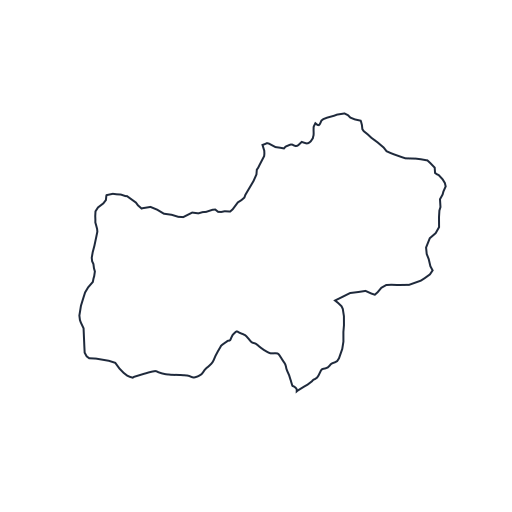 the district of Bjachho, Chhukha, Bhutan, rotated 208°
{"feature_id": "84629894B4757320303764", "entity_name": "Bjachho", "entity_type": "district", "adm_level": 2, "iso_a3": "BTN", "parent_name": "Bhutan", "parent_adm1": "Chhukha", "projection": "mercator", "projection_center": [89.581, 27.074], "detail": "fine", "context": "isolated", "style": "outline", "palette": "slate", "viewbox_px": 512, "rotation_deg": 208, "n_neighbors": 0, "source": "geoboundaries", "source_scale": "gbopen_adm2", "svg_char_len": 5056}
<svg xmlns="http://www.w3.org/2000/svg" viewBox="0 0 512 512"><g transform="rotate(208 256 256)"><path d="M355.3,87.4L349.1,90.3L336.7,94.4L330.1,95.6L323.7,92.5L318.1,90.7L313.6,89.9L310.6,90.1L307.7,90.7L307.3,91.6L306.6,92.4L305.8,93.2L305.0,94.0L304.2,94.8L303.3,95.7L302.5,96.5L301.7,97.3L300.9,98.1L300.1,98.9L299.3,99.7L298.4,100.5L297.6,101.3L296.8,102.1L296.0,102.9L295.2,103.6L294.3,104.4L293.4,105.2L292.5,105.9L291.6,106.6L290.7,107.2L289.6,107.5L288.4,107.5L287.3,107.6L286.1,107.8L285.0,108.0L283.9,108.2L282.8,108.5L281.7,108.8L280.6,109.1L279.5,109.5L278.5,109.9L277.4,110.4L276.4,110.8L275.3,111.2L274.3,111.7L273.3,112.2L272.2,112.7L271.2,113.3L270.2,113.8L269.2,114.3L268.1,114.8L267.1,115.3L266.1,115.8L265.1,116.2L264.0,116.7L263.0,117.2L261.9,117.6L260.9,118.1L259.8,118.4L258.7,118.7L257.5,118.8L256.3,118.9L255.2,119.1L254.1,119.4L253.2,120.0L252.4,120.8L251.6,121.6L250.8,122.5L250.1,123.5L249.5,124.5L248.9,125.5L248.5,126.5L248.3,127.6L248.1,128.8L248.0,129.9L247.9,131.1L247.6,132.2L247.3,133.3L246.9,134.4L246.4,135.4L246.0,136.5L245.6,137.6L245.3,138.6L244.9,139.8L244.7,140.9L244.5,142.0L244.5,143.2L244.5,144.3L244.6,145.4L244.7,146.6L244.8,147.7L244.9,148.9L244.9,150.0L244.9,151.2L244.9,152.3L244.9,153.5L244.9,154.6L244.8,155.7L244.8,156.9L244.7,158.0L244.7,159.2L244.7,160.3L244.3,161.4L243.8,162.5L243.3,163.5L242.8,164.5L242.3,165.5L241.7,166.5L241.3,167.6L240.7,168.2L239.9,168.7L239.3,169.6L239.3,170.4L239.4,171.4L239.5,172.6L239.5,173.8L239.6,174.8L239.4,175.9L239.1,177.0L238.7,178.2L238.3,179.4L237.7,180.3L236.8,180.6L235.6,180.5L234.4,180.5L233.3,180.6L232.1,180.7L231.0,180.9L229.8,180.9L228.7,181.0L227.6,180.8L226.5,180.5L225.5,180.1L224.4,179.7L223.3,179.3L222.2,178.8L221.2,178.4L220.1,178.0L219.0,177.8L217.9,177.9L216.7,178.2L215.6,178.4L214.5,178.4L213.4,178.2L212.2,178.0L211.1,177.7L210.0,177.5L208.9,177.3L207.7,177.1L206.6,177.0L205.5,176.8L204.3,176.7L203.2,176.7L202.0,176.6L200.9,176.6L199.7,176.6L198.6,176.7L197.5,176.9L196.5,177.4L195.5,177.9L194.5,178.5L193.5,179.1L192.4,179.6L191.4,180.0L190.3,180.0L189.2,179.6L188.2,179.1L187.2,178.5L186.2,178.0L185.2,177.4L184.2,176.8L183.2,176.3L182.2,175.7L181.1,175.2L180.1,174.6L179.2,174.0L178.4,173.2L177.6,172.4L176.9,171.5L176.1,170.6L175.3,169.9L174.4,169.1L173.5,168.4L172.6,167.7L171.7,167.0L170.8,166.3L170.0,165.5L169.2,164.7L168.4,163.9L167.6,163.1L166.7,162.3L165.9,161.4L165.1,160.6L164.3,159.8L163.5,159.0L162.7,158.4L161.6,158.6L160.4,158.5L159.3,158.3L158.2,157.9L157.3,157.2L156.5,155.6L156.1,156.6L152.2,163.3L150.1,166.6L147.7,171.8L147.6,172.7L147.1,173.9L146.1,175.1L145.0,177.3L144.7,179.8L144.9,185.5L144.5,187.1L143.5,188.1L142.0,189.3L140.3,191.3L139.5,193.8L139.2,195.5L138.3,197.1L136.3,199.3L135.0,201.3L134.7,204.6L136.2,214.4L138.6,221.4L143.2,230.0L145.8,236.1L150.1,244.1L154.5,250.0L156.9,251.8L161.5,253.1L165.3,253.8L155.5,267.5L148.8,272.2L142.9,276.6L136.5,277.0L132.9,277.6L131.6,281.1L130.4,286.8L127.4,291.5L122.9,294.2L118.7,296.2L116.7,297.2L107.3,302.4L98.9,311.6L96.7,315.5L93.8,321.4L93.3,326.2L97.2,328.8L102.1,334.4L106.2,337.9L109.8,343.3L110.9,353.3L108.1,360.5L107.9,367.4L112.7,376.3L115.4,382.2L116.1,385.8L120.2,392.5L120.1,397.9L120.8,400.9L121.2,406.5L123.5,409.1L127.2,411.3L132.6,413.2L134.8,413.1L136.9,413.4L139.7,417.9L145.8,419.9L149.6,420.9L150.3,420.6L155.9,418.8L160.6,417.0L169.9,412.4L173.3,411.8L182.0,410.5L185.5,410.1L189.9,409.8L194.2,411.7L202.0,413.4L209.5,414.5L214.3,415.8L219.5,416.8L221.6,417.9L224.0,421.4L226.4,424.0L227.1,424.6L232.9,423.0L237.7,422.5L240.9,423.5L244.8,423.4L250.8,418.9L252.9,416.5L258.1,411.6L260.8,408.5L261.8,406.3L261.6,403.7L261.6,402.1L262.0,401.0L263.3,400.6L265.9,401.1L265.8,397.5L265.6,396.8L264.4,394.4L262.7,391.4L261.9,389.7L261.4,387.6L261.1,386.7L261.5,382.9L262.2,381.2L263.1,379.9L264.3,379.1L267.3,378.5L269.2,378.2L270.7,373.7L271.5,372.5L272.6,371.7L274.4,371.4L276.3,371.4L277.7,370.7L278.8,369.5L279.9,368.1L280.8,367.1L281.4,365.9L281.8,364.1L285.6,362.9L290.0,361.3L294.3,361.3L297.4,361.3L299.3,360.8L300.6,359.1L302.4,357.1L298.1,352.8L296.6,350.2L295.7,348.0L295.6,337.7L295.5,334.9L295.8,332.6L293.9,328.2L293.4,321.0L293.6,316.2L293.9,309.8L294.1,305.0L293.7,302.1L295.1,298.5L297.2,294.8L298.5,286.3L299.7,283.1L304.7,280.8L307.3,278.6L310.2,277.2L313.8,277.9L316.1,276.4L320.8,271.5L323.7,269.7L326.9,266.6L332.7,264.4L338.5,256.2L343.0,254.1L349.8,252.8L357.2,250.1L365.0,250.5L372.2,249.8L376.4,246.6L378.4,245.1L379.3,244.2L384.0,245.3L387.1,246.8L398.0,248.3L399.4,247.6L404.2,246.8L407.9,245.1L411.6,243.7L416.5,239.6L416.4,238.9L414.8,234.9L415.5,230.8L418.3,224.7L418.7,220.1L416.7,215.8L414.9,212.7L413.6,210.2L411.6,208.1L409.0,205.3L407.5,203.0L406.0,197.9L403.5,189.2L402.6,185.4L402.0,182.8L400.2,177.3L398.2,174.4L395.8,172.6L393.3,169.1L391.0,166.7L389.4,162.2L388.9,159.8L387.9,156.5L389.5,149.5L389.8,143.6L388.5,136.6L387.2,129.9L384.0,120.5L381.4,116.8L379.4,115.0L374.3,111.2L370.6,104.9L367.3,99.3L365.3,95.9L361.9,90.2L358.4,87.9L355.3,87.4Z" fill="none" stroke="#1e293b" stroke-width="2"/></g></svg>